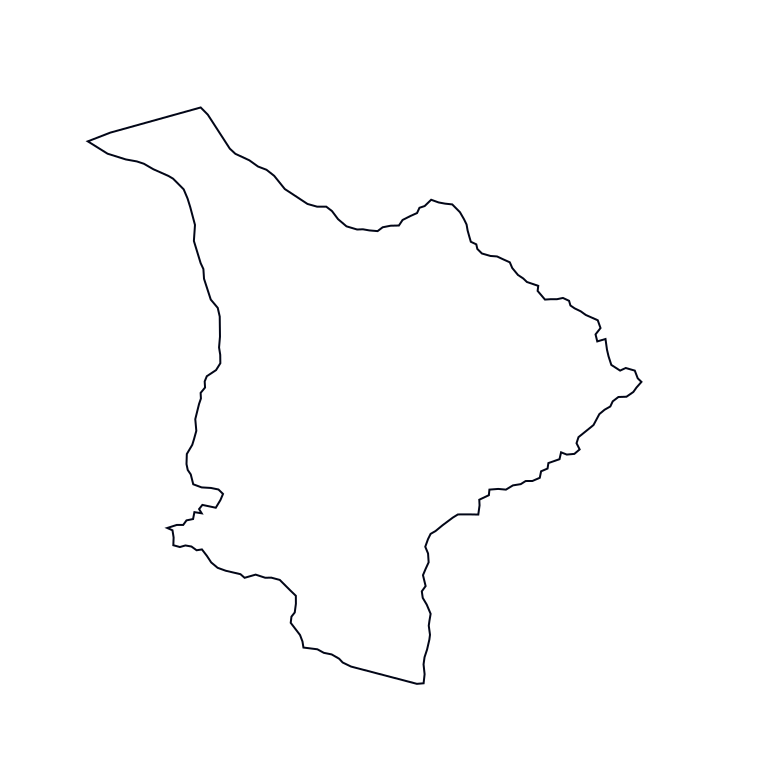 Portelândia, Goiás, Brazil (Robinson projection), rotated 81°
{"feature_id": "56859067B45598066883188", "entity_name": "Portelândia", "entity_type": "district", "adm_level": 2, "iso_a3": "BRA", "parent_name": "Brazil", "parent_adm1": "Goiás", "projection": "robinson", "projection_center": [-52.695, -17.338], "detail": "fine", "context": "isolated", "style": "outline", "palette": "ink", "viewbox_px": 768, "rotation_deg": 81, "n_neighbors": 0, "source": "geoboundaries", "source_scale": "gbopen_adm2", "svg_char_len": 2825}
<svg xmlns="http://www.w3.org/2000/svg" viewBox="0 0 768 768"><g transform="rotate(81 384 384)"><path d="M391.8,157.9L385.0,158.4L374.2,158.2L375.3,166.7L368.1,167.3L362.6,161.4L354.5,162.9L347.3,174.0L343.0,178.3L339.1,183.9L335.6,187.6L330.8,188.2L327.0,193.8L327.3,199.9L326.3,206.3L325.8,211.8L316.1,217.7L311.2,216.3L305.6,226.9L301.5,230.0L297.3,234.6L289.5,239.2L283.5,240.7L279.5,246.8L275.7,252.4L274.2,258.8L270.4,266.9L265.2,270.7L260.5,271.0L257.1,276.0L252.4,276.6L245.5,277.4L239.4,277.5L233.8,279.2L226.2,282.1L217.3,288.5L215.4,295.5L213.2,301.7L209.4,308.6L214.6,316.0L215.5,321.4L220.3,324.6L222.2,331.6L224.9,340.0L229.8,344.5L228.7,352.7L229.0,360.8L232.0,366.4L230.0,374.5L227.9,380.6L227.2,386.4L222.4,396.4L214.0,403.6L205.1,408.3L199.8,413.3L198.4,422.3L194.2,431.4L175.9,451.5L161.2,459.9L154.0,466.6L149.5,474.4L142.0,482.0L133.4,494.8L127.4,499.5L90.4,515.9L82.2,521.8L92.9,615.0L98.0,638.6L113.3,621.0L121.8,603.9L125.5,593.3L128.9,586.7L135.8,578.2L144.9,564.2L148.2,560.2L160.4,551.4L170.1,549.0L179.0,547.7L197.3,545.8L213.0,549.4L235.9,546.2L242.2,544.4L251.9,545.3L273.5,541.9L282.8,536.3L291.7,535.7L311.6,538.6L322.1,541.2L329.6,541.2L337.9,542.4L344.0,547.7L348.6,557.8L353.4,560.7L359.5,561.3L364.1,566.5L369.7,567.1L374.8,569.8L389.2,575.9L400.9,576.7L408.8,580.3L414.1,582.9L422.3,589.7L432.2,591.6L438.2,591.3L443.1,589.0L453.2,588.1L457.6,580.3L459.6,571.2L462.3,564.0L467.4,560.2L473.0,563.7L479.9,569.5L475.0,582.3L478.6,586.2L483.2,584.3L480.9,591.3L487.5,593.7L487.8,600.4L491.8,604.4L490.8,610.8L492.3,620.6L495.4,615.8L502.7,615.8L510.3,617.3L513.1,611.1L512.4,605.4L514.4,599.6L518.9,595.1L518.9,589.7L526.1,585.8L533.2,582.6L539.5,577.1L543.7,569.5L549.4,555.5L553.6,552.0L552.2,540.6L556.8,531.6L557.6,525.7L561.2,517.6L573.3,508.8L579.4,504.2L587.3,505.4L595.7,507.9L599.3,511.8L605.3,513.5L618.8,506.2L625.6,504.8L631.7,504.8L635.6,491.3L640.1,485.5L642.9,478.0L648.3,471.3L652.6,468.4L657.9,460.8L660.2,455.6L685.3,398.4L685.8,391.7L677.0,389.3L667.1,388.8L660.2,386.7L653.0,383.0L643.6,379.2L638.9,377.8L629.7,377.6L625.1,376.2L618.3,373.9L608.6,376.3L601.3,379.2L594.7,379.1L590.1,374.5L584.0,375.0L578.9,375.4L573.1,371.8L567.1,367.8L558.3,367.0L551.2,368.7L544.1,364.8L539.3,361.4L537.3,356.1L532.7,348.3L526.7,336.9L524.4,331.4L526.1,320.3L527.7,311.3L518.8,308.6L513.2,308.0L510.2,297.8L504.8,296.4L505.5,287.6L507.4,280.1L504.3,272.5L504.3,264.6L502.0,259.3L503.0,252.6L501.0,244.8L494.8,242.5L493.1,235.7L487.8,234.0L485.7,222.4L479.2,219.8L482.3,214.5L482.8,206.9L479.2,201.0L472.6,203.1L466.9,200.2L461.7,191.1L457.3,183.5L447.4,176.0L443.9,170.1L441.6,164.0L436.9,160.8L433.5,154.5L434.5,146.5L430.9,139.0L427.0,135.2L422.2,129.4L418.1,132.5L410.0,134.2L406.0,142.8L407.7,148.7L400.7,156.5L391.8,157.9Z" fill="none" stroke="#020617" stroke-width="2"/></g></svg>